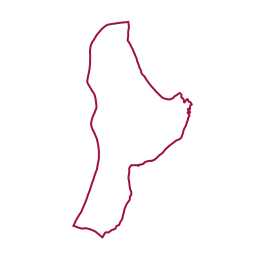 Si Chiang Mai, Nong Khai, Thailand, rotated 263°
{"feature_id": "78962969B28674959070038", "entity_name": "Si Chiang Mai", "entity_type": "district", "adm_level": 2, "iso_a3": "THA", "parent_name": "Thailand", "parent_adm1": "Nong Khai", "projection": "mercator", "projection_center": [102.502, 17.934], "detail": "fine", "context": "isolated", "style": "outline", "palette": "rose", "viewbox_px": 256, "rotation_deg": 263, "n_neighbors": 0, "source": "geoboundaries", "source_scale": "gbopen_adm2", "svg_char_len": 5340}
<svg xmlns="http://www.w3.org/2000/svg" viewBox="0 0 256 256"><g transform="rotate(263 128 128)"><path d="M129.2,188.7L129.6,188.6L130.0,188.6L130.3,188.7L131.3,189.4L132.3,190.2L132.7,190.5L132.9,190.5L133.2,190.5L133.3,190.5L133.4,190.4L133.8,190.1L134.8,189.7L135.8,189.2L136.0,189.1L136.3,189.3L136.4,189.5L135.6,190.3L135.5,190.5L135.5,190.8L135.5,191.0L135.7,191.3L135.8,191.4L135.9,191.5L136.1,191.5L136.4,191.5L136.7,191.4L136.8,191.3L136.9,191.1L137.0,190.8L137.0,190.6L137.2,190.4L137.8,190.2L138.6,189.8L139.1,189.7L139.3,189.7L139.5,189.7L139.6,189.8L139.7,190.0L139.7,190.4L139.7,190.5L139.2,191.0L139.0,191.3L139.0,191.5L139.4,191.9L139.6,191.9L139.9,191.9L140.3,191.9L140.6,191.9L141.3,192.1L142.1,192.3L142.6,192.5L142.8,192.6L143.0,192.8L143.1,193.1L143.2,193.7L143.3,193.9L143.4,194.0L143.5,194.1L143.8,194.1L145.4,193.4L145.8,193.1L146.0,192.9L146.2,192.7L146.4,191.9L146.5,191.8L146.6,191.7L147.7,191.2L148.2,190.9L149.0,190.8L149.3,190.7L149.3,190.3L149.2,190.0L149.1,189.8L148.9,189.5L148.7,189.3L148.1,188.7L146.8,187.6L146.7,187.5L146.5,187.3L146.5,187.2L146.6,186.9L146.9,186.7L147.1,186.7L147.3,186.7L147.6,186.8L148.2,186.8L148.5,186.8L149.1,186.7L149.7,186.6L150.1,186.5L150.4,186.4L150.6,186.2L151.0,185.7L151.6,184.9L151.8,184.8L151.9,184.7L152.3,184.7L152.6,184.7L152.9,184.8L153.6,185.0L154.0,185.1L154.4,185.1L154.6,185.0L155.0,184.9L155.2,184.7L155.4,184.6L155.9,184.1L156.1,184.0L156.2,183.7L156.3,183.6L156.3,183.4L156.3,183.2L156.2,182.9L156.0,182.5L155.6,181.8L154.9,180.8L154.7,180.4L154.4,179.7L154.1,178.8L153.8,178.2L153.5,177.8L152.6,177.0L152.5,176.8L152.2,176.2L151.7,174.6L151.5,174.0L151.4,173.7L151.3,173.2L151.3,172.8L151.4,172.2L151.6,171.0L151.6,170.9L151.7,170.6L151.8,170.3L151.9,170.2L152.5,168.5L153.1,167.3L153.6,166.3L153.8,165.9L154.4,165.4L157.6,162.8L160.6,160.4L167.6,155.6L169.4,154.6L172.5,152.8L175.8,151.2L177.5,150.4L178.1,149.9L178.9,149.1L179.6,148.6L180.2,148.4L181.2,148.0L181.8,147.9L182.6,147.9L183.3,147.8L184.1,147.7L184.9,147.3L185.9,146.9L186.8,146.7L188.4,146.5L189.9,146.1L191.6,145.7L193.4,145.2L194.0,145.1L194.7,145.1L195.7,145.0L196.8,144.8L198.5,144.2L199.4,143.9L201.2,143.5L205.6,142.2L211.3,140.1L213.2,139.3L214.2,138.7L215.2,138.3L215.5,138.3L216.7,138.8L218.0,139.1L218.8,139.3L219.9,139.5L222.6,139.8L224.9,140.3L227.2,141.0L228.8,141.3L230.6,141.3L233.2,141.2L233.4,133.0L233.2,125.0L233.1,122.2L233.0,120.7L232.9,120.1L232.5,119.1L231.8,117.7L230.4,115.5L228.8,113.2L226.8,111.2L224.1,108.2L223.0,107.4L219.4,104.6L217.7,103.1L215.3,101.6L213.9,100.9L211.9,100.3L209.8,99.9L207.5,99.5L203.4,99.2L201.0,98.8L196.7,98.2L194.6,97.7L192.8,97.4L189.8,96.6L187.7,95.9L182.8,94.2L178.9,93.1L176.6,93.7L174.4,94.7L172.3,95.6L168.4,97.3L166.5,98.4L165.6,98.7L163.8,99.1L163.0,99.2L159.7,99.4L156.0,99.4L153.9,99.4L152.3,99.2L151.4,98.9L150.4,98.4L149.2,97.7L148.1,97.1L146.8,96.5L145.9,95.9L145.1,95.3L141.6,93.5L137.9,92.1L136.5,91.9L135.5,91.8L133.3,92.1L130.8,92.7L127.3,94.0L123.3,95.1L120.7,95.8L117.4,96.1L115.1,96.3L112.3,96.4L110.7,96.3L108.7,96.3L101.8,95.5L98.1,94.4L96.2,93.7L93.7,93.0L90.7,92.1L88.6,90.9L87.1,90.1L85.6,89.4L83.5,88.4L81.3,87.5L79.8,86.7L78.0,85.7L75.8,84.7L73.7,83.8L70.9,82.5L68.2,81.1L66.1,79.9L63.8,78.9L59.9,76.9L58.5,76.1L56.4,74.8L54.6,73.8L52.8,72.7L51.3,71.9L49.4,70.6L48.2,69.4L45.9,67.6L44.5,66.5L42.3,64.9L38.4,62.5L37.6,61.9L35.0,67.0L34.1,69.0L33.8,70.1L33.7,71.3L33.7,72.7L33.7,73.7L33.5,74.5L33.2,75.4L32.8,76.4L32.0,78.1L31.3,79.5L30.4,81.1L29.3,82.8L29.0,83.2L27.5,84.6L26.0,86.2L24.8,87.0L22.6,89.3L23.9,90.3L25.3,91.3L26.4,92.2L26.7,92.5L26.9,92.8L27.0,93.0L27.1,93.9L26.8,95.5L26.8,96.2L26.9,96.4L27.5,97.3L28.6,99.3L28.9,100.0L29.0,101.3L29.2,102.2L29.4,102.8L29.6,103.2L30.0,103.4L31.2,104.1L31.5,104.3L32.0,104.7L32.5,105.6L32.6,106.7L32.7,107.0L32.8,107.3L33.0,107.5L35.5,108.8L37.8,110.8L38.5,111.2L40.2,111.8L44.2,113.3L44.4,113.4L44.8,113.7L45.2,113.8L46.3,114.0L48.1,114.8L49.7,115.7L51.5,116.7L52.4,117.1L52.5,117.2L55.8,120.3L56.3,120.8L56.6,120.9L57.2,121.0L57.9,121.2L58.4,121.4L59.8,121.6L60.1,121.8L60.9,122.7L61.3,123.1L61.6,123.2L62.2,123.3L63.8,123.4L65.0,123.3L66.0,122.9L66.9,122.7L67.6,122.6L68.4,122.6L69.5,122.6L71.8,122.5L73.8,122.6L75.6,122.5L77.2,122.4L78.5,122.4L79.7,122.6L83.0,123.6L83.8,123.8L84.8,124.0L87.2,124.2L87.6,124.3L87.8,124.3L89.0,125.1L89.2,125.3L90.1,126.1L90.3,126.3L90.6,126.6L90.2,130.1L90.2,131.2L90.1,131.4L90.0,131.5L89.9,131.7L90.0,133.3L90.0,133.6L90.0,133.8L89.8,133.9L89.5,134.0L89.4,134.0L89.6,134.4L90.1,135.0L90.2,135.3L90.1,136.1L90.1,137.0L90.3,137.3L90.4,137.6L90.4,137.9L90.6,138.8L90.7,139.1L90.8,139.2L91.2,139.4L91.3,139.6L91.4,139.8L91.5,139.9L91.6,140.0L91.8,140.1L92.0,140.4L92.1,141.3L92.1,141.5L92.6,142.6L92.6,143.4L92.6,143.8L92.7,144.2L92.7,144.4L92.7,144.5L92.7,145.3L92.7,145.6L92.8,145.7L92.8,145.8L92.7,146.0L92.6,146.7L92.4,147.3L92.4,147.5L92.4,147.8L92.8,148.1L92.9,149.2L93.0,149.7L93.2,150.2L93.4,150.5L94.6,152.6L96.3,154.7L97.1,155.7L97.8,157.0L98.6,158.5L99.2,159.5L101.0,161.2L102.6,162.9L103.9,164.8L105.1,166.5L106.0,167.9L107.0,169.8L108.5,172.4L109.5,174.0L109.9,175.0L110.1,176.0L110.4,177.2L110.7,177.9L111.3,178.9L111.8,179.5L112.4,180.0L113.7,180.6L116.3,182.0L118.0,182.5L118.7,182.8L120.4,183.7L122.0,184.8L123.6,185.9L124.9,186.5L126.5,187.1L129.2,188.7Z" fill="none" stroke="#9f1239" stroke-width="2"/></g></svg>